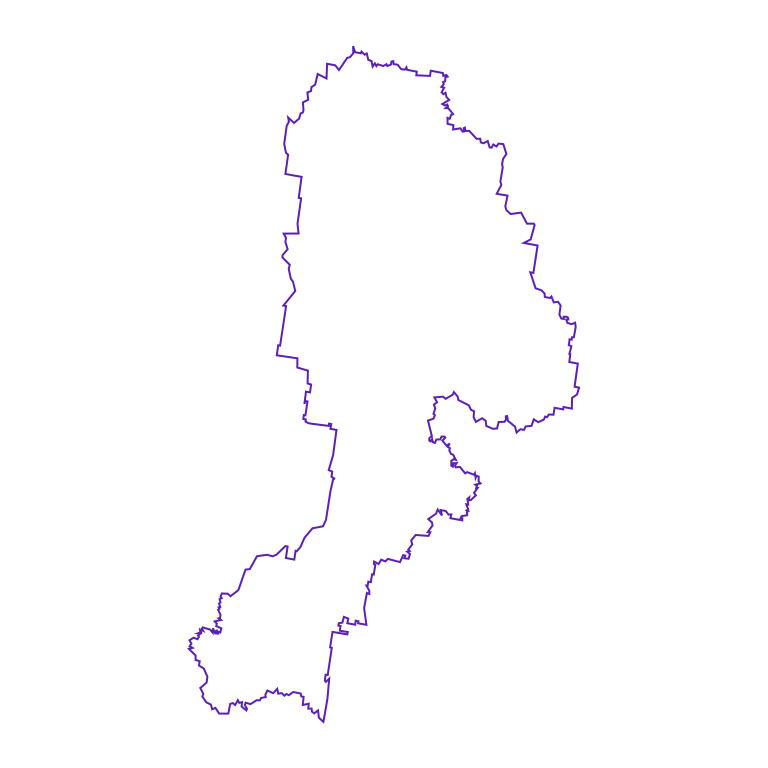 outline of Bathurst, New South Wales, Australia
{"feature_id": "25037944B26387144583263", "entity_name": "Bathurst", "entity_type": "district", "adm_level": 2, "iso_a3": "AUS", "parent_name": "Australia", "parent_adm1": "New South Wales", "projection": "equal_earth", "projection_center": [149.529, -33.473], "detail": "fine", "context": "isolated", "style": "outline", "palette": "violet", "viewbox_px": 768, "rotation_deg": 0, "n_neighbors": 0, "source": "geoboundaries", "source_scale": "gbopen_adm2", "svg_char_len": 6072}
<svg xmlns="http://www.w3.org/2000/svg" viewBox="0 0 768 768"><path d="M323.4,721.9L327.4,699.1L329.2,678.6L325.8,681.9L324.8,680.5L325.6,674.7L327.7,675.0L331.8,647.8L330.1,647.4L332.5,631.9L347.3,634.4L347.7,632.0L339.9,630.7L340.5,625.9L338.4,625.6L338.8,623.2L342.4,622.6L343.9,616.9L348.3,618.6L347.3,623.2L355.2,624.7L355.7,620.7L358.4,621.3L358.1,623.3L366.4,624.8L364.1,608.1L366.9,593.0L369.3,594.0L369.3,590.7L366.4,585.5L367.7,585.6L368.3,581.7L370.8,582.2L372.1,574.3L373.7,574.6L375.3,565.0L373.9,564.0L374.1,561.6L378.6,564.0L381.2,559.7L385.4,561.4L387.8,558.9L400.0,562.1L403.2,555.1L405.3,555.6L404.3,558.2L408.5,558.8L410.0,553.9L407.2,551.7L409.7,551.0L408.3,549.6L412.2,544.5L411.2,540.4L415.7,535.0L428.5,535.9L430.3,532.3L427.8,532.1L432.5,525.5L432.0,522.5L428.3,519.1L436.0,513.7L437.7,509.5L442.0,515.5L440.8,510.1L445.7,511.0L448.5,514.6L451.3,514.4L450.4,518.2L462.3,520.4L462.3,518.2L460.7,518.0L461.7,516.1L467.1,515.2L467.0,512.1L468.3,511.2L466.6,510.3L468.2,509.2L466.3,504.3L468.2,504.6L467.4,498.9L469.2,497.4L468.6,500.4L470.8,500.1L475.9,495.3L474.0,492.9L477.6,488.0L476.2,488.1L477.0,485.9L475.3,484.7L480.5,483.4L478.6,481.4L478.7,476.6L476.4,475.7L475.6,477.8L474.9,473.2L474.0,474.7L467.1,472.1L465.2,473.4L460.0,467.0L455.7,467.3L454.9,465.8L456.6,463.1L453.2,463.3L452.8,466.6L451.3,465.8L451.3,460.9L453.7,459.1L455.8,459.9L453.2,454.8L450.9,453.8L449.3,450.5L449.9,448.2L447.8,446.9L449.7,443.5L446.7,445.8L442.4,440.6L445.3,437.6L444.5,436.6L441.5,436.6L440.3,439.4L436.4,439.5L435.0,442.9L432.9,442.2L432.1,439.0L430.7,441.4L429.3,440.7L429.3,438.2L431.8,436.0L428.0,420.6L433.6,418.6L434.9,415.2L433.5,413.8L435.3,408.4L433.9,404.6L437.1,402.3L434.4,397.4L442.9,396.7L445.7,398.8L452.6,394.8L453.9,392.1L457.6,396.4L458.3,400.0L468.8,405.3L471.0,409.8L474.1,411.3L473.6,417.0L475.9,421.9L482.2,418.2L485.7,420.8L486.3,425.9L492.8,428.8L497.0,428.5L498.7,422.0L504.5,421.8L506.0,419.6L505.8,416.3L507.1,416.1L508.0,420.9L515.0,426.6L516.6,432.5L520.4,429.2L524.0,429.9L525.7,426.4L531.5,425.9L533.8,419.3L538.2,422.2L543.9,419.5L545.1,416.6L546.9,417.2L548.9,414.5L553.5,414.7L554.6,407.8L563.2,409.4L563.5,407.0L571.8,408.6L572.1,397.8L577.0,394.5L579.1,387.6L574.6,386.7L577.8,363.6L569.3,362.0L570.3,354.1L569.4,353.9L571.4,346.2L568.8,345.1L569.3,341.6L569.6,339.3L571.7,339.6L572.0,337.3L573.9,337.2L575.7,326.9L575.1,322.7L571.6,324.2L567.3,322.8L566.3,319.6L568.3,319.5L568.0,317.6L566.3,316.7L563.7,316.8L563.8,319.0L561.3,318.5L559.4,314.6L560.6,305.5L558.0,301.8L553.8,302.4L551.4,296.5L550.0,298.0L544.8,297.0L544.6,293.5L541.5,290.3L535.6,288.3L530.3,272.3L533.4,272.9L537.6,245.5L523.9,243.0L530.7,239.4L534.6,225.1L533.8,223.7L527.0,223.7L521.1,212.6L510.6,214.0L506.5,210.3L505.3,206.5L507.5,195.6L496.7,193.8L501.3,185.0L500.4,181.5L502.7,167.6L502.1,163.9L503.1,158.8L506.4,154.1L503.3,144.1L498.5,143.6L496.5,146.5L493.3,144.5L491.6,147.6L489.7,147.5L487.7,141.0L483.5,143.3L480.8,142.4L480.2,138.7L476.5,138.8L469.2,130.8L465.3,131.0L464.9,127.6L463.7,128.2L463.9,131.5L462.6,131.6L460.4,128.3L453.1,129.5L453.4,125.1L447.6,123.9L447.5,117.9L449.7,118.8L450.9,115.2L453.1,114.1L448.3,108.2L445.7,108.1L448.0,106.2L447.3,104.5L445.0,105.5L442.3,104.0L449.2,100.0L446.4,96.9L445.5,92.8L443.4,94.2L441.6,92.3L444.1,87.7L441.4,86.9L443.7,84.3L443.1,82.0L445.1,81.3L445.5,77.2L447.6,76.6L446.3,74.9L443.3,75.8L442.8,73.0L430.8,70.7L430.0,75.9L416.3,75.3L416.8,71.7L407.1,69.8L406.4,67.4L404.8,69.7L401.1,69.1L397.6,64.7L393.6,64.1L393.3,61.2L391.5,61.5L390.9,64.6L387.3,66.0L386.5,64.2L383.3,66.0L377.7,64.3L376.4,66.1L374.8,63.4L372.6,66.6L371.5,60.9L368.3,59.9L366.8,53.5L364.7,54.7L361.5,51.6L360.8,53.3L355.1,52.2L353.1,46.1L353.3,53.2L350.1,57.1L347.2,57.9L339.0,70.0L335.2,65.3L327.1,63.8L326.5,78.5L317.7,74.0L315.2,84.6L311.5,87.1L311.0,91.0L307.4,92.5L308.2,99.8L302.9,102.4L303.5,110.3L302.7,112.7L300.6,113.4L299.1,118.6L294.0,122.9L288.2,117.5L288.9,121.8L286.7,125.8L284.2,143.9L285.9,152.6L288.1,154.7L285.4,174.0L301.6,176.9L298.7,197.9L301.1,198.3L297.5,223.8L298.6,233.5L283.7,233.6L286.0,238.0L285.4,241.9L287.6,249.3L282.6,255.1L282.4,257.5L289.8,264.8L288.7,268.7L290.8,278.7L293.0,281.8L295.3,291.0L283.4,305.6L286.1,306.1L280.1,345.6L278.2,345.3L276.8,355.3L297.4,358.3L297.3,367.5L307.9,370.6L307.6,383.5L311.1,384.5L310.0,392.4L306.0,391.6L304.4,404.0L305.4,401.1L307.5,401.4L305.4,415.3L303.8,415.1L303.3,419.0L305.8,419.4L305.5,421.6L308.2,423.1L312.1,423.8L328.8,425.9L329.1,423.6L331.2,424.0L330.5,428.9L336.5,429.9L333.1,455.2L328.7,470.1L332.2,471.6L331.5,476.8L335.0,478.9L333.3,478.6L330.4,491.4L326.0,519.8L323.0,526.3L312.5,528.3L304.6,537.6L300.3,547.2L296.8,551.2L295.6,550.8L294.3,559.6L285.9,558.0L287.6,546.5L285.4,546.1L276.6,554.6L272.6,556.3L267.3,554.8L257.0,556.2L249.8,569.1L245.5,569.6L238.4,590.1L230.5,596.2L227.7,593.7L221.9,593.5L220.5,596.7L221.7,598.1L219.6,599.1L220.5,602.3L219.0,603.7L220.3,607.0L218.6,607.4L219.4,608.9L218.1,609.8L220.5,614.7L220.1,617.8L218.6,618.3L221.0,620.0L214.7,621.4L216.8,623.6L216.2,626.1L221.3,628.3L220.3,632.4L217.1,631.2L218.1,633.6L215.4,633.4L216.1,631.0L214.6,631.9L213.0,628.3L212.8,632.8L210.1,629.6L202.8,627.4L201.9,628.5L203.0,630.5L201.5,629.6L201.3,631.8L200.1,630.4L200.4,632.5L197.7,633.4L200.1,633.9L198.1,635.5L198.9,636.8L197.5,639.2L193.5,637.7L189.5,640.3L191.4,643.7L189.6,646.3L192.5,647.9L188.9,648.9L195.6,655.5L195.6,660.0L199.7,661.2L198.9,665.5L203.8,668.5L207.4,676.7L206.6,682.6L200.3,688.0L203.3,693.9L202.3,696.5L206.3,702.3L210.9,704.6L212.2,709.3L215.4,707.9L219.2,713.6L228.3,713.6L230.2,703.9L232.8,703.1L235.2,705.0L237.8,700.1L239.3,702.9L242.0,702.2L241.6,706.6L246.4,710.4L247.0,708.7L244.8,705.1L245.6,702.7L250.5,704.1L256.7,700.2L259.8,700.4L261.1,698.0L265.7,697.1L265.4,694.7L267.4,690.5L273.2,693.2L277.2,688.9L278.3,693.7L281.8,693.1L284.4,695.7L286.4,694.0L288.9,695.2L293.2,692.0L300.7,693.5L301.2,696.3L303.6,696.9L302.8,705.0L308.7,703.7L308.3,708.6L311.6,708.6L312.0,711.7L314.3,713.4L318.0,710.4L318.9,717.7L323.4,721.9Z" fill="none" stroke="#5b21b6" stroke-width="2"/></svg>